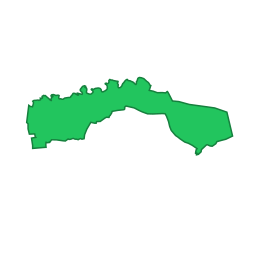 the district of Auyo, Jigawa, Nigeria, rotated 20°
{"feature_id": "59680162B19523503473687", "entity_name": "Auyo", "entity_type": "district", "adm_level": 2, "iso_a3": "NGA", "parent_name": "Nigeria", "parent_adm1": "Jigawa", "projection": "mercator", "projection_center": [9.962, 12.332], "detail": "fine", "context": "isolated", "style": "filled", "palette": "green", "viewbox_px": 256, "rotation_deg": 20, "n_neighbors": 0, "source": "geoboundaries", "source_scale": "gbopen_adm2", "svg_char_len": 5607}
<svg xmlns="http://www.w3.org/2000/svg" viewBox="0 0 256 256"><g transform="rotate(20 128 128)"><path d="M45.4,179.8L48.6,178.3L56.8,174.5L57.6,174.2L56.5,171.9L56.2,170.6L55.9,169.7L55.9,169.4L56.2,169.4L57.3,169.4L57.6,169.3L57.9,169.1L58.3,168.9L58.6,168.5L58.7,168.3L58.8,168.4L59.3,168.4L60.2,165.2L64.9,163.6L71.5,162.2L73.6,161.6L75.5,158.8L76.5,158.9L78.1,158.1L79.2,157.1L80.2,156.5L82.2,156.6L83.4,156.1L85.2,156.0L86.0,155.0L87.2,154.1L88.5,154.3L90.4,153.1L89.5,149.1L89.7,143.1L91.1,135.4L94.9,134.9L96.4,134.4L96.3,133.9L96.3,133.6L96.3,133.2L96.4,132.9L96.4,132.7L99.7,131.3L102.8,126.7L104.1,125.2L104.9,125.0L105.4,124.9L106.5,124.6L106.6,124.1L106.5,123.9L106.4,123.6L106.5,123.2L106.8,122.5L106.9,122.4L107.0,122.1L107.0,121.9L107.1,121.6L107.2,120.8L107.4,120.3L107.5,119.5L107.5,118.8L107.4,118.4L107.4,117.8L108.4,117.2L112.4,114.9L116.3,113.0L117.5,112.4L118.1,112.0L118.4,111.2L117.8,109.9L117.8,109.4L118.7,108.0L127.0,107.0L132.3,107.7L135.9,108.0L141.5,108.0L146.6,106.3L151.4,104.3L155.3,102.7L158.0,101.9L160.1,103.7L163.9,108.1L166.7,112.4L169.5,115.5L175.3,118.8L177.8,119.4L180.7,120.4L186.2,121.8L189.9,121.7L194.4,122.3L200.0,123.8L199.5,125.2L199.7,126.2L199.7,126.7L199.9,127.4L200.1,127.7L200.0,127.9L200.0,128.4L200.1,128.6L200.4,128.5L201.1,128.1L201.4,128.1L201.6,128.2L201.7,128.5L201.6,128.9L201.3,129.4L201.5,129.8L202.0,129.5L203.0,128.7L203.3,128.6L203.2,128.1L203.9,127.3L204.0,127.0L204.3,126.5L204.4,126.3L204.6,126.0L204.8,125.3L204.4,123.2L207.4,117.3L207.7,116.9L208.3,116.6L211.4,116.8L213.4,116.3L214.6,114.6L215.9,112.7L216.2,110.4L220.7,107.2L223.8,105.1L229.0,99.8L215.5,79.3L202.7,79.5L195.1,81.1L177.6,84.9L166.7,85.8L160.5,87.4L155.9,83.1L155.7,83.0L155.0,82.2L154.4,81.8L153.9,81.3L153.1,80.6L152.4,80.3L151.3,82.2L150.0,82.5L148.1,83.0L143.5,84.8L139.0,84.8L135.1,85.4L134.9,80.3L134.6,80.3L134.3,80.3L134.0,80.2L133.8,80.1L133.1,79.4L132.1,78.7L131.8,78.4L130.6,78.0L129.7,77.8L129.3,77.6L128.8,77.4L126.0,76.2L123.4,76.2L122.6,76.4L121.8,76.5L121.4,76.7L121.1,76.9L120.8,77.3L120.4,77.8L120.3,78.3L120.4,80.2L120.3,81.4L120.1,81.8L120.2,82.0L120.5,82.9L120.7,83.2L120.7,83.5L120.7,84.0L120.5,84.4L120.2,84.3L119.7,84.3L119.2,84.1L118.8,84.0L118.0,83.4L117.6,83.2L117.4,83.2L117.2,83.3L116.9,83.3L116.5,83.1L115.5,83.1L113.8,82.9L112.7,83.2L111.9,83.3L111.5,83.1L111.2,83.0L110.9,82.6L110.7,82.6L110.3,82.8L110.0,83.1L109.8,83.4L109.3,84.3L108.8,85.5L108.7,86.4L108.5,86.8L107.9,88.2L107.8,88.9L107.8,90.5L107.6,91.3L107.2,92.0L106.9,92.6L106.4,93.0L105.8,93.2L105.3,93.4L104.9,93.1L104.5,92.5L104.2,91.8L104.2,91.4L104.2,90.9L103.9,90.5L103.2,89.9L102.8,89.7L102.6,89.4L102.7,88.5L102.9,88.2L102.8,87.8L102.6,87.6L102.0,87.7L101.2,87.9L98.6,88.3L97.4,88.4L97.0,88.3L96.6,88.4L96.1,88.5L95.7,88.8L95.3,88.8L94.6,88.6L94.2,88.7L94.1,89.1L93.9,89.6L93.8,89.9L93.8,90.1L94.0,90.4L94.3,91.1L94.4,91.6L94.4,92.0L94.1,92.8L93.8,93.1L93.6,93.3L92.5,93.5L92.2,93.3L91.6,93.7L91.4,93.9L91.4,94.1L91.5,94.3L91.7,94.5L92.2,94.6L93.0,94.8L93.3,95.0L93.8,95.4L94.1,95.7L94.4,96.2L94.7,97.2L94.8,97.4L95.0,97.8L95.0,98.6L94.7,99.4L94.2,100.3L93.7,101.0L93.2,101.4L92.8,101.9L92.7,102.1L92.2,102.5L91.4,102.9L91.2,102.9L90.3,102.2L89.7,101.4L89.7,101.2L88.6,100.5L88.1,100.4L87.3,100.4L86.8,100.5L86.3,100.6L85.9,100.8L85.0,101.4L84.5,101.5L83.5,102.2L83.3,102.4L83.2,102.7L82.9,102.9L82.5,103.5L82.3,103.6L81.8,103.6L81.3,103.5L81.1,103.5L80.6,103.7L80.4,103.8L80.4,104.0L80.3,104.3L80.5,104.5L81.0,104.8L81.3,104.8L81.7,104.9L82.0,105.0L82.4,105.5L82.7,105.6L82.8,105.8L82.9,106.1L82.9,106.3L82.8,106.7L82.7,107.0L82.4,107.4L82.2,107.9L82.0,108.3L81.1,109.1L80.8,109.2L80.4,109.3L78.8,109.4L78.0,109.3L77.4,109.3L76.8,108.8L76.4,107.5L76.3,106.3L75.7,105.1L75.0,104.5L74.2,104.7L73.7,104.5L74.1,103.6L74.0,103.3L72.8,103.1L72.1,103.6L71.4,104.1L71.0,104.8L70.5,106.0L70.5,107.0L70.1,107.4L70.0,108.1L70.1,108.7L70.6,109.3L71.1,109.5L71.7,109.9L72.2,109.9L73.0,110.7L73.3,111.2L73.3,112.1L72.4,112.3L71.4,112.3L69.9,112.5L69.0,112.4L68.3,112.7L68.3,113.4L68.7,113.5L68.8,112.9L69.1,112.9L69.6,113.2L69.5,113.7L70.0,113.6L70.1,114.0L69.6,114.3L67.4,114.0L66.4,113.6L65.9,113.7L65.4,114.0L64.7,114.1L64.5,114.5L64.2,116.0L63.9,116.8L63.6,117.5L63.4,118.0L63.5,118.5L63.1,119.0L62.5,119.4L61.4,119.8L58.3,121.5L57.8,122.2L57.3,123.1L56.0,123.6L55.5,123.5L54.6,123.6L53.7,124.1L53.3,124.1L53.0,123.9L52.8,123.6L52.6,123.2L52.3,122.5L52.2,121.9L52.3,121.3L52.1,121.1L51.8,121.0L51.4,121.0L50.5,121.3L49.6,121.8L49.4,122.0L49.1,122.1L48.6,122.1L48.0,122.0L46.4,122.1L46.1,122.3L45.7,122.5L45.3,122.6L45.0,122.9L44.8,123.2L44.8,123.5L44.6,123.8L44.8,124.3L45.0,124.5L45.3,124.7L45.5,124.7L45.7,124.0L45.8,123.7L46.2,123.6L46.4,123.7L46.6,124.0L46.6,124.3L46.5,124.6L45.8,125.3L45.7,125.6L45.8,126.0L45.9,126.3L45.7,126.6L45.7,127.0L45.8,127.4L45.8,127.7L46.0,128.0L46.3,128.1L46.5,128.3L46.4,128.5L45.9,128.4L45.3,128.3L44.6,128.0L43.5,127.4L42.9,127.2L42.2,127.0L39.2,125.8L38.9,125.9L38.6,126.2L38.2,126.3L37.9,126.2L37.6,126.2L37.0,127.0L36.7,127.3L36.5,127.6L36.8,127.8L37.0,128.0L37.2,128.6L37.3,128.9L37.3,129.2L37.0,129.3L36.6,129.3L36.5,129.5L36.4,129.8L36.1,130.0L35.9,129.9L35.7,129.9L35.4,130.0L35.7,130.4L35.9,130.4L36.1,130.7L36.1,131.4L35.8,131.8L35.5,131.9L35.2,132.1L35.0,132.4L34.8,132.5L34.6,132.6L33.9,132.5L32.0,133.5L30.3,134.2L29.9,134.6L29.7,134.9L29.3,135.4L30.5,136.4L30.6,136.9L30.8,137.9L31.0,140.7L30.3,140.8L28.7,141.2L27.7,140.8L27.0,140.6L30.9,157.5L32.6,158.2L34.4,163.0L37.4,167.5L42.3,165.5L43.6,167.4L43.7,167.8L44.0,168.1L44.5,168.4L40.8,170.5L44.4,177.1L45.4,179.8Z" fill="#22c55e" stroke="#15803d" stroke-width="1.5"/></g></svg>